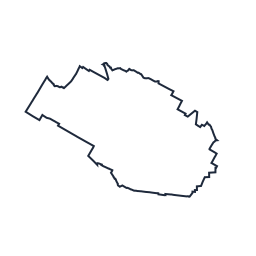 General Enrique Estrada, Zacatecas, Mexico (Albers equal-area conic projection), rotated 28°
{"feature_id": "50627088B25057749099085", "entity_name": "General Enrique Estrada", "entity_type": "district", "adm_level": 2, "iso_a3": "MEX", "parent_name": "Mexico", "parent_adm1": "Zacatecas", "projection": "albers", "projection_center": [-102.806, 23.015], "detail": "fine", "context": "isolated", "style": "outline", "palette": "slate", "viewbox_px": 256, "rotation_deg": 28, "n_neighbors": 0, "source": "geoboundaries", "source_scale": "gbopen_adm2", "svg_char_len": 5196}
<svg xmlns="http://www.w3.org/2000/svg" viewBox="0 0 256 256"><g transform="rotate(28 128 128)"><path d="M199.6,87.4L198.4,86.8L198.1,87.0L197.7,87.2L195.2,85.9L195.1,87.2L195.0,87.8L194.4,90.2L194.4,90.4L193.1,90.4L191.7,90.5L191.3,93.3L191.2,93.3L190.2,93.2L189.0,93.2L188.5,93.1L186.2,92.9L184.4,88.1L181.7,81.4L181.4,81.4L179.0,81.3L176.4,87.5L175.4,89.9L172.1,89.9L172.1,88.3L163.0,88.2L163.0,86.6L163.0,84.7L162.9,82.7L162.9,78.7L158.2,78.7L156.4,78.7L154.4,78.7L152.5,78.7L150.8,78.7L150.9,77.0L150.9,74.2L150.3,74.2L146.0,74.3L139.8,74.3L135.8,74.3L134.0,74.3L133.1,72.3L132.4,72.5L132.1,72.8L131.4,73.6L130.0,74.3L127.8,74.3L125.2,74.2L122.7,74.3L121.6,75.0L120.9,75.5L119.3,76.2L118.0,76.3L114.4,74.3L113.9,74.5L113.4,74.5L113.2,74.5L112.6,74.3L111.8,74.3L111.3,74.2L110.6,74.7L109.5,74.5L105.9,74.3L104.7,75.1L103.8,75.4L102.7,75.5L102.1,75.5L101.9,75.2L101.4,75.2L101.2,76.0L101.0,77.4L100.6,77.9L100.3,78.3L100.2,78.7L100.1,79.0L99.2,78.9L98.1,78.9L96.9,79.1L95.7,79.1L94.2,79.2L93.0,78.8L91.9,79.7L91.1,79.9L89.9,81.2L88.9,82.2L88.2,83.1L87.9,83.6L87.3,84.0L87.1,84.4L86.3,84.0L85.7,83.8L85.2,83.4L84.9,83.0L84.7,83.0L84.4,82.7L83.6,83.1L83.2,82.7L82.7,82.3L81.6,82.3L80.9,82.1L80.6,81.9L80.3,81.9L80.0,81.8L79.5,81.1L79.0,81.0L78.5,80.9L78.3,80.8L78.0,80.9L77.7,81.1L77.5,81.3L77.3,81.6L77.2,82.0L76.6,82.0L76.4,82.8L76.2,83.2L75.9,83.7L77.2,83.6L77.4,83.9L77.8,83.9L77.9,84.4L78.2,84.4L79.8,85.8L84.4,90.4L87.6,93.8L87.5,94.8L87.4,95.2L86.9,95.2L86.3,95.1L85.4,95.0L83.7,94.8L82.4,94.8L71.2,94.7L66.8,94.6L66.7,96.0L63.7,95.7L59.7,95.2L59.5,96.5L56.4,96.1L56.5,96.6L56.5,96.8L56.5,97.3L56.5,97.7L56.5,98.4L56.5,99.2L56.6,99.4L56.6,100.0L56.6,100.4L56.6,100.8L56.7,101.7L56.7,102.2L56.7,102.7L56.7,103.3L56.8,104.7L56.6,105.2L56.6,106.1L56.5,106.8L56.4,107.6L56.3,108.7L56.2,109.7L56.2,110.6L56.1,111.3L56.0,112.2L55.9,113.2L55.7,114.0L55.5,114.7L55.2,115.5L54.8,116.8L54.4,117.9L53.8,119.6L53.5,120.6L52.7,122.9L51.9,122.9L51.6,122.9L51.4,122.9L51.3,122.7L51.1,122.8L50.8,122.9L50.6,122.8L50.3,122.7L50.0,122.7L49.9,122.9L49.7,122.9L49.5,123.1L49.2,123.5L48.8,124.0L48.5,124.0L47.7,124.1L47.3,124.1L46.9,124.0L46.7,124.1L46.4,124.1L46.2,124.1L45.8,124.3L45.5,124.3L45.2,124.4L44.9,124.5L44.7,124.7L44.4,125.0L44.1,125.1L43.9,125.3L43.7,125.3L43.5,125.5L43.2,125.4L42.9,125.2L42.7,125.1L42.4,124.9L42.3,124.7L42.0,124.7L41.8,124.5L41.6,124.4L41.4,124.3L41.4,124.1L41.0,124.1L40.9,124.0L40.6,123.9L40.3,124.0L39.9,123.8L39.6,123.7L39.4,123.7L39.1,123.5L38.9,123.5L38.8,123.4L38.6,123.3L38.4,123.1L37.9,123.1L37.4,123.0L36.6,122.8L36.2,122.5L35.9,122.5L35.6,122.5L35.5,122.4L35.4,122.4L35.2,122.2L34.8,122.1L34.6,122.0L34.3,121.8L34.1,121.7L33.7,121.5L33.6,121.3L33.3,121.2L32.5,120.7L32.3,122.4L32.3,124.6L32.2,125.4L31.9,130.4L31.5,140.1L31.4,140.2L31.3,142.4L31.0,146.3L30.9,148.9L30.8,149.5L30.6,153.0L30.0,161.7L34.4,162.0L35.7,162.1L37.2,162.2L38.2,162.3L38.6,162.3L46.1,162.6L46.3,156.8L46.3,156.7L47.8,156.9L48.9,157.0L49.2,157.0L51.1,157.2L51.5,157.2L53.4,156.7L54.7,156.4L55.1,156.4L58.2,156.5L58.4,156.5L60.0,156.5L60.3,156.5L61.7,156.6L61.9,156.6L62.9,156.6L65.2,156.6L65.1,158.8L82.3,159.4L85.3,159.5L85.7,159.5L87.1,159.6L92.7,159.7L96.1,159.8L106.3,160.0L106.4,161.9L106.3,163.6L106.1,168.6L106.0,171.3L113.6,173.5L114.5,173.8L117.9,174.9L117.3,174.1L117.4,173.5L118.2,173.2L118.3,173.3L119.4,172.9L120.7,172.8L121.9,172.6L121.9,173.2L124.0,173.3L124.5,173.3L125.2,173.2L126.8,173.1L129.1,173.0L129.9,173.0L130.1,172.8L130.8,172.8L131.9,172.8L132.7,172.7L134.0,172.6L134.1,172.9L134.1,173.6L134.1,174.5L134.0,175.5L138.2,177.8L138.2,178.0L139.5,178.7L140.2,178.7L140.2,179.1L140.6,179.2L141.4,179.2L142.2,180.0L143.4,180.9L144.6,181.7L145.2,182.0L145.3,182.4L145.6,182.9L146.2,183.4L147.4,183.5L148.3,183.7L150.0,181.4L151.6,181.5L152.7,181.5L153.5,181.6L154.9,181.6L155.5,181.1L156.3,181.0L157.4,180.9L158.8,180.9L159.2,180.9L159.4,180.9L159.8,180.7L161.4,180.6L162.3,180.5L162.9,180.5L163.4,180.1L163.6,180.0L164.2,179.8L164.6,179.7L164.8,179.5L165.3,179.4L165.6,179.3L166.0,179.2L166.8,178.8L168.5,178.1L168.9,177.9L169.1,177.8L169.9,177.5L170.5,177.3L173.7,176.1L177.4,174.5L177.5,174.5L179.2,173.9L180.3,173.5L182.4,172.7L182.7,172.6L183.9,172.1L184.4,171.8L185.4,171.4L186.0,172.3L188.9,171.2L189.0,171.2L192.0,170.1L192.2,169.9L192.6,169.7L192.0,168.7L192.5,168.5L195.6,167.2L196.3,166.9L197.0,166.6L197.5,166.3L198.5,166.0L199.5,165.7L201.6,164.9L204.4,163.8L207.5,162.6L211.8,160.9L212.2,160.7L212.3,160.5L212.9,160.2L213.8,159.8L214.0,160.0L214.6,159.7L215.4,155.2L214.8,153.9L217.1,153.0L216.2,151.4L218.0,150.4L217.2,149.0L216.2,147.2L219.7,144.9L219.2,140.4L218.9,135.4L222.7,133.2L220.6,129.4L226.0,126.1L224.0,122.2L224.5,122.1L224.5,119.9L224.4,119.9L218.1,119.7L218.2,117.8L218.2,117.6L218.2,112.9L218.3,112.2L218.3,109.0L215.7,108.8L210.1,108.6L209.8,108.4L209.8,106.9L209.9,104.4L210.1,101.7L210.2,100.5L210.8,99.4L210.9,98.9L211.0,98.5L211.1,98.1L212.1,97.2L212.4,97.0L210.6,96.6L210.3,96.5L210.1,96.3L209.8,96.0L209.7,95.7L209.4,95.4L209.1,95.2L208.7,95.0L208.2,94.6L207.2,93.7L206.5,93.1L205.9,92.6L203.7,90.5L203.2,90.1L202.2,89.5L201.5,88.8L200.9,88.1L200.7,87.9L200.1,87.7L199.6,87.4Z" fill="none" stroke="#1e293b" stroke-width="2"/></g></svg>